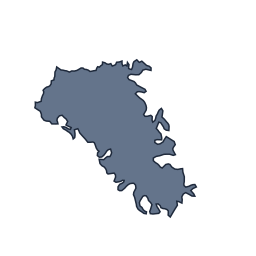 outline of Altamira do Paraná, Paraná, Brazil, rotated 212°
{"feature_id": "56859067B67017349975974", "entity_name": "Altamira do Paraná", "entity_type": "district", "adm_level": 2, "iso_a3": "BRA", "parent_name": "Brazil", "parent_adm1": "Paraná", "projection": "albers", "projection_center": [-52.708, -24.824], "detail": "fine", "context": "isolated", "style": "filled", "palette": "slate", "viewbox_px": 256, "rotation_deg": 212, "n_neighbors": 0, "source": "geoboundaries", "source_scale": "gbopen_adm2", "svg_char_len": 4085}
<svg xmlns="http://www.w3.org/2000/svg" viewBox="0 0 256 256"><g transform="rotate(212 128 128)"><path d="M130.2,82.2L127.3,82.3L125.2,81.5L123.6,80.4L122.2,78.7L120.6,78.4L117.2,81.3L115.9,82.4L113.9,81.7L112.5,79.8L111.7,75.6L109.5,75.6L107.8,77.0L105.9,78.9L105.0,80.7L103.5,81.5L103.0,79.8L103.7,78.1L105.2,75.8L105.3,72.9L103.8,70.4L102.0,70.4L100.1,71.6L98.9,75.2L98.5,77.7L97.9,79.8L96.9,81.8L95.2,83.3L93.8,84.2L91.4,83.6L89.4,81.2L89.0,76.5L88.0,74.3L86.6,73.4L85.4,72.5L80.5,67.7L79.2,66.1L76.7,64.6L74.6,64.2L72.2,64.2L69.3,64.0L67.1,64.9L67.9,66.7L70.0,66.4L71.9,66.8L74.0,68.0L76.6,68.3L78.8,70.7L79.2,72.9L79.2,77.9L78.3,79.3L76.6,80.1L74.0,79.0L72.2,77.4L69.2,76.7L67.1,75.7L65.7,70.7L65.4,68.8L63.7,67.2L61.3,68.3L56.7,71.9L56.4,74.0L59.0,75.4L61.8,76.7L63.8,78.4L62.3,79.6L59.6,79.2L57.9,77.9L55.7,78.2L53.9,79.1L51.7,79.5L50.0,79.1L48.7,77.1L47.8,75.4L45.0,74.9L45.2,82.5L45.2,88.7L47.8,91.7L45.9,92.5L42.5,92.9L44.0,95.9L45.9,98.1L46.1,101.4L44.8,103.8L41.0,104.1L37.7,104.2L35.2,105.6L37.4,107.0L41.6,108.2L40.9,111.0L38.8,114.2L41.3,115.5L42.9,114.4L44.3,112.8L45.4,110.9L47.7,108.5L49.9,108.8L51.0,110.1L51.9,112.4L54.4,116.5L58.1,119.7L60.2,122.5L61.7,121.3L63.8,119.3L66.5,118.0L70.2,118.1L73.1,119.3L74.8,118.9L76.6,117.1L77.8,112.2L79.9,112.0L82.0,112.8L83.8,113.2L86.6,113.2L89.2,113.7L90.6,116.0L89.0,118.9L86.3,121.4L83.6,124.7L81.3,126.3L78.9,127.8L75.1,128.8L73.7,130.5L77.7,132.8L79.0,133.9L79.3,136.0L79.1,138.9L81.7,141.0L87.8,141.0L91.0,141.0L91.1,137.7L90.9,134.8L92.4,131.6L94.2,129.9L97.6,129.9L98.7,131.8L97.3,133.5L93.2,135.8L94.2,137.6L95.8,139.3L97.0,140.5L99.5,141.1L101.4,141.9L103.8,142.6L104.3,145.5L105.0,149.3L103.0,149.8L98.5,147.7L96.9,146.5L94.5,146.4L92.0,147.5L93.1,149.5L94.0,151.1L95.1,152.3L96.7,153.1L98.2,153.5L101.8,154.7L105.0,155.3L106.3,158.3L107.5,161.0L110.1,162.3L111.0,159.7L110.9,157.7L110.5,155.4L110.5,153.1L109.6,150.7L109.2,148.6L110.1,146.1L111.6,147.2L113.5,150.5L115.4,150.8L117.8,148.2L119.8,146.9L121.9,147.7L122.1,152.9L123.1,155.0L124.7,156.7L127.5,158.6L129.6,159.4L132.1,159.6L134.1,159.7L136.2,160.1L139.9,160.9L139.3,163.7L137.8,164.8L135.5,165.8L133.0,166.5L132.1,168.7L134.1,169.8L137.8,169.5L143.4,169.1L145.6,170.2L147.5,170.6L152.8,169.6L155.1,170.6L155.5,172.8L154.0,175.1L149.7,177.2L147.0,179.0L146.1,182.1L146.1,184.9L144.0,187.3L139.0,189.0L140.3,191.2L142.6,191.6L145.4,190.9L149.3,191.6L151.7,192.0L153.2,189.6L156.7,190.5L158.1,187.5L157.9,185.5L156.4,181.9L156.0,179.5L157.4,179.0L159.0,178.8L159.9,180.4L160.7,182.2L163.2,183.3L161.8,180.1L163.7,180.1L165.3,177.9L167.1,179.3L168.6,181.6L170.3,179.4L172.5,177.7L172.1,175.2L173.0,173.7L174.2,172.2L176.7,173.5L178.2,171.7L180.0,171.0L182.1,171.1L184.5,170.4L183.3,168.2L184.1,166.3L184.5,164.5L186.2,163.9L186.2,162.1L185.6,159.9L187.5,158.3L188.9,156.9L190.2,155.8L192.3,156.0L194.5,155.5L196.0,154.7L197.9,155.0L199.6,154.0L200.4,152.4L201.8,149.8L203.7,147.8L205.9,146.6L207.3,144.4L210.3,143.9L211.9,143.2L213.8,142.6L215.6,141.7L220.8,142.0L219.8,139.3L219.6,136.8L218.4,134.7L217.4,132.9L217.1,131.1L216.3,129.6L218.0,127.3L216.6,124.8L216.6,122.5L217.3,121.0L218.7,119.5L219.6,117.2L220.0,115.0L218.6,114.0L217.8,112.2L217.7,110.4L217.0,107.1L215.8,104.6L218.3,101.5L220.3,100.8L218.5,98.1L217.7,95.8L214.8,95.7L211.3,95.7L208.8,93.8L207.3,91.6L203.4,90.1L201.0,90.6L197.9,92.2L194.8,91.1L191.8,92.9L189.6,94.4L191.1,95.9L192.4,96.9L193.1,99.0L192.6,102.0L190.6,103.9L187.6,103.1L185.5,102.9L182.6,101.6L182.2,97.7L179.0,97.9L176.4,98.3L176.1,96.3L178.5,95.5L180.6,95.7L183.0,95.1L184.5,93.9L182.4,93.1L179.3,93.3L177.3,93.1L175.7,93.2L172.9,92.6L170.8,91.6L168.7,89.7L168.1,91.6L168.9,93.4L170.1,95.3L172.5,98.1L170.2,100.8L168.0,99.5L166.4,98.3L162.4,97.1L160.2,96.5L158.1,95.9L154.5,94.6L152.2,96.1L150.4,97.5L148.8,97.7L147.1,96.5L144.3,94.2L142.1,93.1L140.3,92.9L140.6,90.8L139.4,88.4L136.9,88.0L134.9,89.5L134.1,91.9L133.8,94.7L133.8,97.1L133.2,99.2L131.6,100.9L128.9,98.5L128.3,96.6L128.2,94.2L130.4,92.8L131.1,91.0L131.8,88.3L135.9,86.2L132.9,83.0L130.2,82.2Z" fill="#64748b" stroke="#1e293b" stroke-width="1.5"/></g></svg>